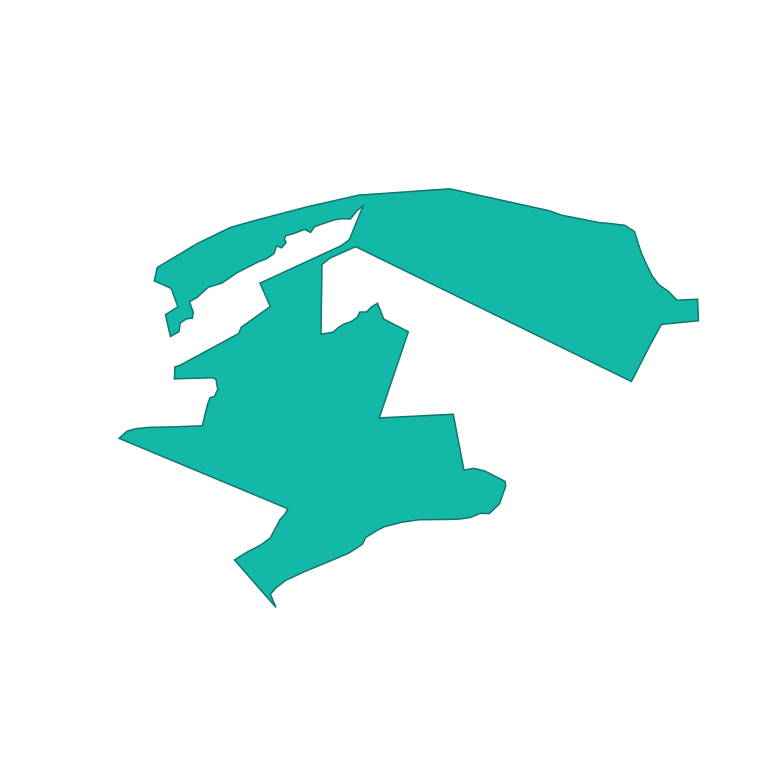 the district of Sergeli, Tashkent, Uzbekistan, rotated 26°
{"feature_id": "79887680B58716268454454", "entity_name": "Sergeli", "entity_type": "district", "adm_level": 2, "iso_a3": "UZB", "parent_name": "Uzbekistan", "parent_adm1": "Tashkent", "projection": "orthographic", "projection_center": [69.201, 41.185], "detail": "fine", "context": "isolated", "style": "filled", "palette": "teal", "viewbox_px": 768, "rotation_deg": 26, "n_neighbors": 0, "source": "geoboundaries", "source_scale": "gbopen_adm2", "svg_char_len": 1778}
<svg xmlns="http://www.w3.org/2000/svg" viewBox="0 0 768 768"><g transform="rotate(26 384 384)"><path d="M605.3,273.3L606.1,231.4L607.2,208.8L638.9,189.3L628.7,170.3L610.6,180.3L599.2,176.1L587.3,174.2L578.0,169.5L568.3,162.1L557.4,153.0L542.3,137.2L530.8,135.8L516.1,140.9L506.9,144.5L469.3,154.5L456.7,155.8L357.6,179.7L284.4,221.9L279.5,224.5L236.9,258.7L195.9,294.0L177.3,310.6L154.9,339.2L129.1,378.7L132.3,392.0L150.8,391.4L164.9,405.0L157.2,417.5L171.3,435.0L176.8,426.8L174.1,418.5L177.9,412.0L182.9,408.8L181.2,403.3L173.1,395.3L178.0,388.3L183.6,374.1L194.0,364.5L203.3,348.1L217.5,329.3L223.6,322.8L227.9,315.2L226.9,306.9L232.3,306.5L234.0,299.9L230.7,297.1L230.8,293.8L237.3,287.9L244.9,279.8L251.5,280.0L252.6,273.4L255.9,269.6L261.9,263.7L267.9,257.8L273.4,254.1L281.5,250.4L283.8,240.0L287.1,233.0L289.6,269.4L284.7,278.7L228.3,347.7L247.8,364.2L230.8,395.7L231.3,402.3L192.5,456.5L188.6,460.2L193.4,471.4L195.1,470.3L227.3,453.5L231.1,453.6L237.0,462.0L237.0,469.7L233.7,472.4L234.3,479.6L239.0,501.2L213.4,514.9L191.0,526.4L180.1,533.3L173.6,539.2L169.7,549.0L352.1,538.3L352.1,543.8L349.9,551.5L349.8,559.2L349.2,572.4L343.8,582.7L335.0,594.6L329.8,602.6L326.8,607.7L384.9,632.2L374.0,622.7L376.3,614.5L381.7,603.5L395.4,586.8L410.2,570.1L426.6,551.3L434.8,537.7L434.8,530.0L442.0,518.6L446.9,512.1L460.6,500.4L474.8,490.8L484.1,486.1L497.7,479.3L510.8,472.5L520.1,466.1L527.2,458.0L535.4,454.4L540.3,441.3L538.2,422.5L535.5,418.5L525.2,418.3L512.6,418.0L501.8,420.4L493.6,426.3L459.5,380.8L394.6,416.5L383.0,326.4L355.3,325.7L342.8,314.3L338.9,320.3L336.7,326.9L330.7,330.0L330.7,336.1L326.9,342.6L321.9,347.4L318.1,353.4L315.4,359.9L305.5,366.8L275.9,303.8L280.2,294.5L298.3,273.0L605.3,273.3Z" fill="#14b8a6" stroke="#0f766e" stroke-width="1.5"/></g></svg>